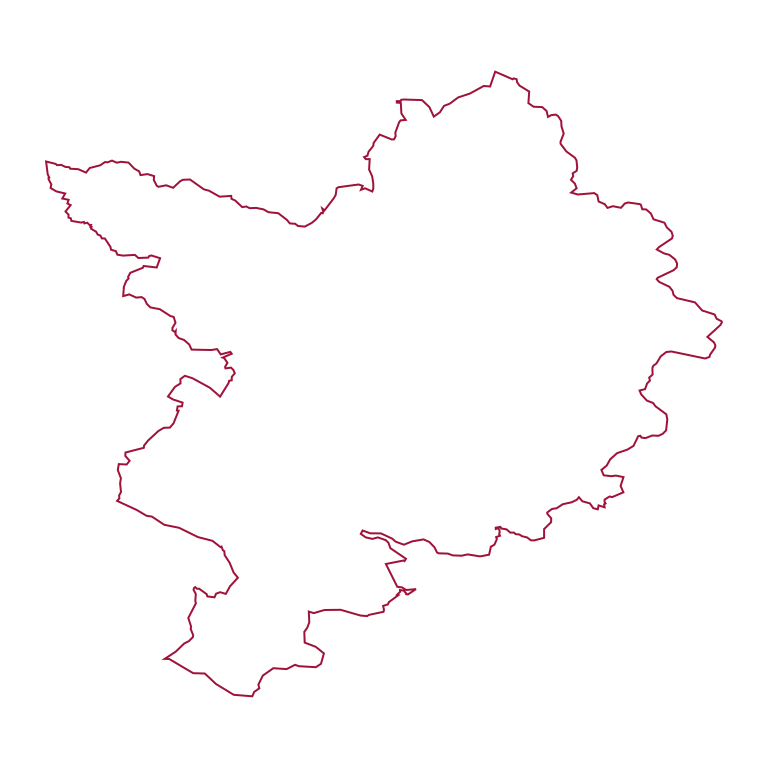 outline of Dragu, Salaj, Romania
{"feature_id": "2599482B94978235506168", "entity_name": "Dragu", "entity_type": "district", "adm_level": 2, "iso_a3": "ROU", "parent_name": "Romania", "parent_adm1": "Salaj", "projection": "robinson", "projection_center": [23.405, 47.023], "detail": "fine", "context": "isolated", "style": "outline", "palette": "rose", "viewbox_px": 768, "rotation_deg": 0, "n_neighbors": 0, "source": "geoboundaries", "source_scale": "gbopen_adm2", "svg_char_len": 6076}
<svg xmlns="http://www.w3.org/2000/svg" viewBox="0 0 768 768"><path d="M259.3,688.3L258.4,684.6L262.8,675.6L273.3,668.2L286.6,669.1L295.1,664.8L298.9,666.2L315.9,667.2L321.0,663.8L323.9,653.4L315.7,646.8L304.7,642.6L304.3,631.9L307.2,627.8L309.3,622.3L308.8,611.6L313.8,613.1L324.5,610.0L340.6,609.8L360.4,615.5L367.1,616.1L368.9,614.9L383.5,611.8L384.0,609.9L383.1,605.9L387.9,604.4L388.9,602.1L398.4,595.1L397.1,594.7L400.2,591.7L400.0,590.0L403.7,590.6L406.5,593.8L405.3,594.1L408.0,594.4L416.0,589.1L406.1,590.0L402.1,587.4L397.3,586.8L385.9,564.0L403.6,560.5L404.5,561.1L406.0,558.8L390.4,548.2L388.5,542.8L385.7,540.1L377.9,537.4L372.4,538.9L365.8,537.4L360.8,533.9L362.6,530.5L370.2,533.3L381.0,533.4L392.3,538.7L395.7,541.7L403.9,544.7L412.1,541.4L423.6,539.4L429.4,542.0L434.5,547.3L436.9,552.3L438.5,553.3L447.9,553.6L452.8,555.4L461.7,555.7L467.6,554.4L480.1,556.4L489.1,554.7L490.9,546.7L494.4,544.7L496.9,539.1L496.1,537.1L500.0,535.7L499.1,534.0L499.7,532.3L499.3,529.5L497.8,528.3L495.8,529.0L495.7,527.7L500.4,526.9L501.4,528.5L506.6,529.4L510.3,532.6L514.0,532.6L515.6,534.1L519.4,534.5L522.0,536.2L527.0,537.4L530.9,540.3L534.2,540.4L544.1,537.8L544.1,529.1L551.1,522.2L551.2,518.3L547.4,513.9L547.2,512.5L552.1,508.9L556.5,508.3L562.8,504.2L571.6,502.3L576.8,499.8L578.9,497.2L582.4,501.3L589.9,503.4L593.3,508.2L597.8,509.3L598.6,505.4L604.6,507.3L604.1,504.3L605.6,503.5L604.5,501.7L604.6,499.6L609.6,496.5L612.2,497.1L623.4,492.3L620.6,485.9L623.5,477.1L615.9,475.6L611.3,476.2L603.7,475.3L601.4,469.9L606.7,465.6L610.2,459.3L617.0,453.2L627.4,449.6L633.5,445.9L638.2,436.2L640.3,435.8L641.5,437.6L645.5,438.1L652.3,435.5L658.4,435.8L662.6,433.9L666.1,430.4L667.3,419.4L666.3,414.3L655.5,406.3L653.1,403.0L646.9,400.6L641.2,394.4L639.6,390.5L645.1,389.1L647.1,383.5L649.9,380.6L649.2,377.6L652.6,374.5L652.4,367.9L653.3,365.8L656.4,363.5L660.7,356.4L666.3,352.0L671.5,351.5L705.1,358.5L709.5,356.9L710.1,354.6L714.9,347.8L715.4,345.4L714.0,342.4L707.4,336.9L720.3,325.1L721.9,322.4L721.6,321.3L716.7,318.8L714.6,314.5L702.2,310.5L695.0,302.4L676.9,298.1L673.5,294.8L672.6,290.9L669.4,286.8L659.3,282.0L656.7,279.2L657.6,277.8L673.6,270.2L676.8,267.2L677.1,263.5L675.1,259.4L669.3,254.8L664.0,253.4L656.8,249.5L659.0,247.1L672.0,238.4L672.8,235.8L671.5,231.8L666.8,227.4L664.4,222.7L653.5,219.3L650.9,213.5L646.1,209.4L642.3,209.3L640.9,204.8L639.8,204.1L628.0,202.5L624.8,203.5L621.0,207.8L612.9,206.2L607.5,207.9L604.8,204.2L598.6,201.5L597.3,195.2L594.3,193.1L577.8,194.5L571.2,192.6L576.6,188.3L574.9,183.6L571.0,179.8L573.2,176.2L572.7,173.3L576.7,170.8L577.2,167.5L576.5,160.4L574.9,157.7L566.3,151.4L560.6,143.8L560.5,141.8L563.7,133.6L561.5,126.4L561.2,120.9L558.1,116.1L555.7,114.6L551.3,115.1L548.0,116.9L546.6,111.0L542.2,107.1L533.5,106.7L528.4,103.1L529.2,91.6L519.5,85.6L517.1,82.2L516.6,79.2L513.6,78.4L512.7,79.3L495.2,71.7L490.1,86.5L483.7,86.0L469.8,93.6L458.2,97.4L449.7,103.7L444.0,105.9L439.9,112.3L433.8,116.6L429.4,107.1L422.0,100.1L403.7,99.5L401.2,99.8L400.6,101.1L396.8,101.1L396.8,102.6L400.8,102.9L401.4,113.5L405.7,119.9L400.6,120.4L399.1,122.3L395.3,132.7L395.7,136.0L394.1,139.3L391.8,139.5L379.7,134.6L373.6,143.0L373.3,145.8L368.6,151.7L367.4,155.7L364.1,157.1L365.8,159.1L369.7,159.1L369.1,169.6L372.2,176.4L373.3,183.9L373.3,188.7L372.3,191.5L365.1,188.3L361.0,189.8L362.7,185.9L358.6,184.5L338.5,187.2L336.6,188.3L335.7,194.9L333.6,198.5L324.6,210.3L322.3,208.5L323.3,211.8L322.7,213.3L321.2,212.9L316.2,219.2L311.9,222.8L304.8,226.6L298.0,226.0L295.2,223.8L289.8,223.4L287.0,220.0L278.3,213.2L268.5,212.2L263.5,209.4L256.2,207.9L249.7,208.2L246.3,206.5L242.2,207.1L235.3,200.6L231.5,198.8L231.2,195.9L219.7,196.7L209.0,190.7L203.8,189.3L190.0,179.5L182.9,179.8L180.3,181.1L173.1,187.8L166.2,185.3L158.5,186.8L156.8,185.8L153.8,180.0L154.1,176.1L147.5,174.1L140.5,175.1L139.2,171.4L134.4,168.7L128.5,162.6L121.1,161.8L116.7,162.7L112.0,160.6L107.6,162.3L104.9,162.1L100.2,165.3L89.7,168.0L86.0,172.6L78.3,169.2L70.2,168.7L69.3,167.2L65.3,166.9L61.3,164.9L57.1,165.2L55.7,163.9L46.1,161.5L47.7,174.3L49.3,177.6L48.5,178.0L48.6,179.3L51.3,184.4L50.6,188.0L56.3,191.4L65.2,193.5L62.3,198.5L68.6,199.8L67.4,203.5L70.6,205.1L65.5,211.5L68.5,214.6L68.5,217.6L70.8,218.3L71.4,220.9L81.2,222.6L83.9,221.9L84.4,223.4L87.2,222.7L89.7,225.1L91.0,225.0L90.3,226.7L91.6,227.0L91.0,228.7L96.1,231.7L97.7,234.6L100.4,235.5L101.8,238.4L104.9,238.5L110.5,247.0L111.0,249.7L115.9,251.2L117.4,254.7L123.0,255.6L134.9,254.9L138.4,258.0L148.3,257.6L149.1,256.1L151.4,255.5L160.1,258.2L156.7,267.5L143.6,266.0L142.8,267.8L130.3,272.8L128.1,276.9L128.6,278.5L126.3,280.8L123.9,286.7L123.2,296.1L129.3,294.4L136.2,297.6L141.6,297.1L144.5,299.0L146.9,304.0L150.4,307.4L159.8,309.2L170.2,315.9L173.7,317.0L175.5,322.8L172.5,327.8L172.4,330.3L175.0,332.1L175.7,331.1L175.5,334.5L178.6,338.0L184.1,340.0L189.2,344.5L191.6,349.6L211.3,350.0L217.1,349.1L220.7,354.4L230.3,351.9L231.7,353.7L222.7,357.6L224.3,358.2L227.4,362.8L225.1,366.9L225.5,368.4L231.0,367.6L233.4,370.0L234.8,373.3L231.8,376.8L231.7,380.3L229.1,380.8L228.6,383.0L220.1,396.6L209.8,387.7L192.4,378.2L184.9,375.8L180.4,379.1L180.5,383.4L175.0,386.8L168.0,396.5L173.1,399.5L182.6,402.6L182.0,406.3L177.6,406.4L176.9,410.5L178.6,410.7L173.6,423.2L169.9,427.6L163.8,427.8L158.4,431.0L148.1,440.5L144.1,445.5L143.8,447.8L125.5,452.5L125.3,455.9L129.6,460.8L126.6,464.5L118.8,464.1L117.8,470.1L120.9,478.2L120.1,483.4L121.0,492.0L119.1,495.6L119.4,498.3L117.1,500.9L136.6,509.9L146.6,515.8L151.9,516.6L164.3,524.8L179.1,527.8L198.0,537.1L212.4,540.8L220.5,547.1L221.5,546.6L222.8,550.1L224.3,551.2L224.7,555.2L229.6,562.7L233.7,572.7L237.9,577.7L230.0,586.3L225.8,593.9L220.1,592.2L216.1,593.7L214.5,597.3L207.3,596.4L206.7,594.2L199.1,588.7L197.0,588.8L195.3,587.1L193.9,588.1L193.6,590.0L195.8,593.9L195.3,601.0L195.9,603.3L188.3,618.0L191.1,626.6L190.7,629.0L193.2,635.2L192.8,637.2L188.8,641.2L184.2,643.5L175.8,651.6L164.7,658.9L169.2,659.0L193.2,673.2L204.8,673.5L216.0,684.0L233.7,694.8L252.3,696.3L254.2,691.9L259.3,688.3Z" fill="none" stroke="#9f1239" stroke-width="2"/></svg>